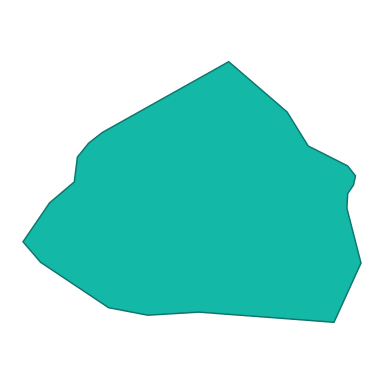 outline of Ribnica na Pohorju
{"feature_id": "SVN-257", "entity_name": "Ribnica na Pohorju", "entity_type": "Municipality", "adm_level": 1, "iso_a3": "SVN", "parent_name": "Slovenia", "parent_adm1": "", "projection": "equal_earth", "projection_center": [15.263, 46.533], "detail": "fine", "context": "isolated", "style": "filled", "palette": "teal", "viewbox_px": 384, "rotation_deg": 0, "n_neighbors": 0, "source": "natural_earth", "source_scale": "10m", "svg_char_len": 376}
<svg xmlns="http://www.w3.org/2000/svg" viewBox="0 0 384 384"><path d="M228.7,61.7L287.1,112.0L308.2,146.0L347.6,165.9L355.5,175.9L353.5,185.0L347.7,193.6L346.9,208.3L361.0,263.1L334.0,322.3L198.6,312.1L147.8,315.2L108.6,307.7L40.6,262.3L23.0,241.8L49.6,202.8L74.3,181.9L77.4,157.1L88.7,143.1L102.4,132.4L228.7,61.7Z" fill="#14b8a6" stroke="#0f766e" stroke-width="1.5"/></svg>